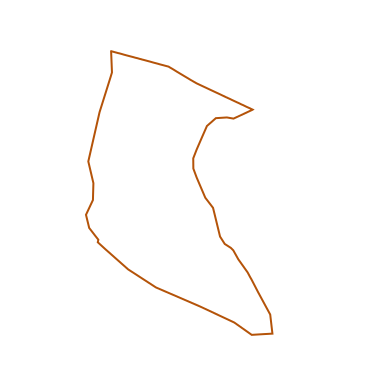 Babanusa, South Kordufan, Sudan (Equal Earth projection), rotated 118°
{"feature_id": "16777658B12271079488091", "entity_name": "Babanusa", "entity_type": "district", "adm_level": 2, "iso_a3": "SDN", "parent_name": "Sudan", "parent_adm1": "South Kordufan", "projection": "equal_earth", "projection_center": [27.395, 11.378], "detail": "fine", "context": "isolated", "style": "outline", "palette": "amber", "viewbox_px": 384, "rotation_deg": 118, "n_neighbors": 0, "source": "geoboundaries", "source_scale": "gbopen_adm2", "svg_char_len": 1550}
<svg xmlns="http://www.w3.org/2000/svg" viewBox="0 0 384 384"><g transform="rotate(118 192 192)"><path d="M283.2,241.6L290.3,212.1L293.2,179.0L289.3,131.0L287.4,93.4L290.1,72.2L285.8,65.2L279.3,54.5L263.5,65.4L249.5,86.5L241.3,98.4L239.8,100.8L236.9,105.1L229.7,119.5L224.1,128.2L223.1,131.5L222.5,138.7L218.2,146.3L200.9,161.7L196.1,166.0L190.8,177.6L177.1,194.6L170.7,201.8L161.7,206.7L152.5,207.8L138.7,208.9L126.7,209.8L115.6,205.6L109.8,196.2L107.7,189.8L91.0,177.2L90.8,177.1L90.9,179.0L90.9,180.1L91.0,181.1L91.0,181.4L91.1,182.6L91.2,184.2L91.3,187.8L91.4,188.7L91.5,190.2L91.5,191.6L91.6,193.2L91.6,193.4L91.7,194.4L91.7,195.0L91.8,196.6L92.0,200.5L92.0,201.6L92.2,204.4L92.2,205.4L92.3,206.0L92.7,215.4L92.8,216.9L93.2,224.8L93.4,229.0L93.5,230.7L93.9,239.0L93.7,245.4L93.7,245.5L93.5,248.8L93.3,253.1L93.1,257.0L93.1,257.3L92.9,260.7L92.9,261.2L92.6,265.4L92.5,267.3L92.4,270.3L92.3,271.3L92.3,271.6L92.4,272.0L92.8,273.6L93.4,276.2L93.4,276.3L93.7,277.5L94.2,279.6L94.5,280.9L94.7,282.0L95.6,285.8L95.9,287.1L96.2,288.5L96.6,290.4L96.7,290.8L98.2,297.3L98.5,298.3L98.5,298.7L99.0,300.6L99.5,303.1L99.6,303.3L99.6,303.5L100.0,304.9L100.5,307.3L101.3,310.6L102.2,314.4L102.3,314.9L102.7,316.6L103.2,319.1L103.8,321.7L103.9,321.9L105.1,327.1L105.2,327.8L105.4,328.3L105.4,328.6L105.5,328.8L105.5,329.1L105.6,329.4L105.7,329.5L124.0,318.8L128.5,317.9L164.9,311.1L213.7,297.9L230.5,283.2L245.6,275.7L261.9,274.9L272.0,265.9L276.3,256.4L278.1,252.3L280.6,251.6L281.8,247.0L283.2,241.6Z" fill="none" stroke="#b45309" stroke-width="2"/></g></svg>